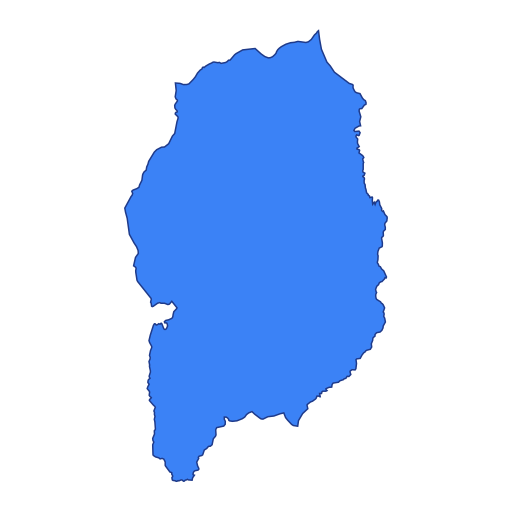 the district of Laleia, Manatuto, East Timor
{"feature_id": "22284137B53372282779403", "entity_name": "Laleia", "entity_type": "district", "adm_level": 2, "iso_a3": "TLS", "parent_name": "East Timor", "parent_adm1": "Manatuto", "projection": "natural_earth1", "projection_center": [126.125, -8.597], "detail": "fine", "context": "isolated", "style": "filled", "palette": "blue", "viewbox_px": 512, "rotation_deg": 0, "n_neighbors": 0, "source": "geoboundaries", "source_scale": "gbopen_adm2", "svg_char_len": 6062}
<svg xmlns="http://www.w3.org/2000/svg" viewBox="0 0 512 512"><path d="M297.7,426.2L298.5,420.6L302.6,413.6L307.8,408.7L307.0,405.0L307.4,404.4L310.4,402.0L312.5,401.2L315.4,399.1L316.0,398.5L317.0,396.1L319.1,396.1L319.7,396.7L320.2,396.7L319.6,393.5L321.5,393.5L322.0,391.7L322.9,391.2L325.8,391.2L327.0,390.6L326.1,389.7L325.9,388.8L327.6,387.9L329.3,387.3L331.7,387.1L332.1,384.5L333.1,383.1L338.5,382.2L339.9,380.8L343.5,379.6L344.2,378.7L345.8,378.4L347.2,376.3L348.9,376.5L350.8,374.5L350.0,371.9L350.2,371.0L352.0,369.7L355.1,369.9L355.9,368.7L356.5,363.5L356.0,359.6L356.7,358.9L360.2,358.4L361.9,355.2L363.7,352.8L365.0,352.0L365.7,350.9L366.9,350.2L370.3,349.3L371.7,347.0L371.3,343.8L372.7,340.3L372.8,338.6L373.2,337.6L375.0,336.1L375.0,334.5L376.6,332.7L380.1,332.0L381.9,330.3L383.0,327.9L383.2,326.0L385.4,322.0L384.7,318.2L383.7,316.3L384.1,314.5L384.0,313.1L383.2,312.0L384.6,307.9L383.2,304.8L382.3,303.7L381.3,303.1L380.5,301.8L376.7,299.4L376.1,298.4L375.7,296.2L375.8,294.3L376.6,292.4L376.1,291.8L375.6,289.3L376.8,286.2L378.5,284.7L379.3,282.8L380.8,281.8L381.9,281.6L384.5,278.9L385.0,277.7L386.1,278.0L386.5,277.0L383.7,270.8L381.6,269.0L380.4,266.8L378.9,266.0L378.3,264.1L377.6,263.3L377.3,262.3L377.9,259.8L378.1,255.8L377.6,254.3L377.9,251.5L379.2,248.1L382.0,246.7L382.3,246.1L382.4,242.9L381.6,238.5L381.7,237.4L383.0,236.4L383.4,235.5L383.2,232.2L383.6,231.1L385.3,229.5L385.3,227.3L384.7,224.9L384.9,223.3L386.8,221.0L387.2,218.0L387.0,216.7L384.9,214.5L383.4,211.0L382.8,211.5L381.8,210.6L381.5,209.9L381.8,209.1L381.6,208.3L379.8,204.8L379.4,201.9L378.6,200.1L377.8,200.1L377.1,201.3L376.0,202.0L375.1,204.5L374.2,202.2L372.7,204.2L372.3,200.7L372.5,197.7L372.1,197.0L369.9,197.6L369.5,196.0L368.3,195.2L368.2,194.4L366.6,192.8L365.9,189.2L365.4,188.0L365.1,184.7L364.2,183.1L364.1,180.6L364.5,178.9L364.2,177.8L362.8,176.6L362.9,176.0L364.1,175.4L364.9,173.2L363.1,172.2L362.8,171.5L362.8,170.3L363.2,169.4L363.2,163.5L363.7,162.3L363.3,161.8L362.7,158.9L363.8,157.6L363.3,156.5L362.6,155.6L359.0,152.9L359.6,150.3L359.1,149.7L357.0,149.1L356.9,148.2L359.2,146.6L357.6,143.6L357.4,142.0L357.7,139.0L356.3,137.4L355.9,136.2L356.6,134.8L358.4,135.6L359.1,135.4L360.1,132.7L359.0,131.1L354.9,131.5L353.9,130.5L355.0,128.3L359.0,126.0L360.6,125.8L359.6,121.5L360.8,116.8L359.1,111.1L359.3,109.3L360.0,108.7L361.8,108.6L364.4,105.0L365.9,104.4L366.1,102.9L365.4,100.7L363.7,99.6L362.3,97.9L360.0,93.6L356.8,92.8L355.4,92.1L354.6,91.1L353.3,88.5L353.0,87.2L353.1,85.1L352.3,84.4L349.2,83.4L334.4,72.2L330.3,66.0L326.9,62.1L321.4,49.2L319.6,39.4L318.5,30.7L317.4,31.6L316.5,33.1L314.5,34.9L311.3,39.5L308.4,41.8L305.9,42.5L297.9,41.4L294.5,42.3L290.6,42.7L285.9,44.2L281.4,46.6L279.3,48.2L277.8,49.7L276.6,51.6L276.0,53.3L274.7,54.8L272.6,56.7L270.3,57.7L268.4,57.9L264.9,56.6L261.2,54.0L255.1,48.5L242.7,49.9L236.1,53.6L234.6,54.8L230.1,60.1L228.5,60.2L227.2,61.6L225.6,62.5L221.0,63.4L219.4,62.4L217.9,62.7L213.9,62.0L212.4,62.4L211.9,62.9L209.3,64.0L205.7,66.1L204.1,67.5L203.2,67.1L202.5,67.5L202.0,68.9L200.2,70.1L197.5,73.1L195.3,76.9L193.2,79.5L188.9,83.9L186.9,84.5L183.4,84.6L180.1,83.4L175.4,83.0L176.2,90.6L175.2,96.8L176.0,98.9L177.4,100.1L177.4,101.0L175.3,104.0L174.7,105.3L174.9,107.9L175.7,109.3L177.0,110.6L177.3,111.4L177.0,112.1L176.0,112.3L175.3,113.2L175.3,114.2L177.7,116.5L178.1,117.3L178.0,118.5L177.0,121.7L174.7,133.5L172.4,136.1L168.7,143.7L164.5,147.0L161.5,147.2L156.7,149.7L154.3,152.1L148.7,161.3L147.9,164.3L146.7,166.9L146.2,170.1L144.1,171.9L143.0,173.8L142.6,174.9L141.9,180.3L139.6,184.9L139.0,187.2L136.9,188.6L133.0,190.1L131.8,191.2L132.7,193.5L132.1,195.3L131.1,196.5L124.8,208.1L125.5,212.1L127.2,218.3L129.4,234.4L134.1,243.0L136.6,246.8L138.1,250.5L138.3,253.5L135.5,257.4L133.6,265.8L135.7,267.3L136.1,268.5L135.7,270.7L135.8,272.4L137.0,280.2L137.7,281.6L151.0,298.3L151.3,299.2L150.6,302.2L151.2,303.3L151.6,306.2L152.3,306.6L153.2,306.3L157.6,303.2L159.8,302.6L160.8,303.2L164.7,303.3L167.7,304.5L168.6,304.4L169.4,304.1L171.8,301.3L177.0,307.8L176.6,308.7L173.8,311.7L173.1,314.6L172.9,316.2L172.5,317.5L171.7,318.4L168.6,319.8L165.8,320.4L164.4,321.6L164.7,322.8L166.7,323.0L167.2,323.9L167.6,326.0L166.6,328.3L165.7,329.4L164.5,329.4L163.8,328.7L161.8,323.7L161.1,323.2L160.0,324.2L158.8,323.7L157.4,324.7L156.2,325.0L155.3,323.9L154.4,323.8L153.4,325.4L150.3,335.1L149.0,340.6L149.6,342.5L151.7,346.4L151.7,347.7L150.5,350.6L150.0,353.0L149.5,355.4L150.2,357.4L150.1,358.9L149.0,361.5L149.6,364.8L149.5,366.6L150.4,370.8L150.4,372.2L149.2,376.0L149.2,376.7L150.0,378.3L148.5,379.6L148.0,381.0L147.9,382.6L149.1,384.2L147.7,387.0L147.2,388.6L149.4,391.4L149.6,392.1L149.2,395.3L150.0,396.5L151.3,397.6L150.7,398.6L149.6,399.4L149.4,400.5L153.4,405.1L154.8,406.4L155.3,407.3L153.9,411.0L154.5,412.4L154.4,414.4L155.0,416.5L154.3,419.3L154.9,421.9L155.4,428.9L155.2,429.7L154.3,430.8L154.5,434.0L152.7,438.4L152.9,440.3L153.8,442.1L152.7,444.8L153.0,454.6L153.3,455.4L155.5,456.9L158.7,457.8L160.1,458.9L162.1,458.4L163.8,459.1L165.2,461.9L165.2,465.3L165.5,466.0L169.9,472.0L171.7,472.6L171.8,474.3L172.5,475.4L172.6,476.6L171.9,477.7L172.3,479.9L172.9,480.4L175.4,480.8L176.1,481.3L177.1,481.2L178.1,480.6L178.8,480.9L181.2,479.9L182.2,480.1L183.5,481.2L184.3,481.1L185.3,480.1L186.5,479.9L187.4,479.3L188.4,479.9L192.1,480.2L192.6,477.8L194.4,475.2L193.2,474.8L193.0,474.1L193.4,472.4L194.0,471.4L195.1,470.7L198.0,470.1L198.8,469.3L198.8,468.4L197.6,465.9L196.7,462.1L198.7,458.4L198.3,457.3L199.1,456.2L201.8,455.5L202.7,454.8L204.3,450.0L206.7,448.5L208.1,446.8L208.8,446.3L210.4,446.2L212.1,444.7L213.3,438.8L215.5,436.2L216.0,434.9L215.7,429.7L216.7,427.6L223.7,426.1L225.2,424.3L225.3,421.3L224.3,419.3L224.3,417.1L226.2,417.1L227.5,417.9L228.6,419.2L228.9,420.4L229.7,420.9L232.4,421.3L237.0,420.8L242.3,418.7L244.7,417.1L246.5,414.6L248.7,412.9L252.0,411.6L254.6,414.1L259.7,418.0L261.1,418.9L263.0,419.1L267.9,416.7L273.9,416.0L280.0,413.8L283.8,412.9L285.6,417.6L287.6,420.1L291.6,424.4L293.3,425.5L297.7,426.2Z" fill="#3b82f6" stroke="#1e3a8a" stroke-width="1.5"/></svg>